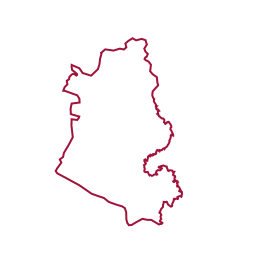 outline of Kolokani, Koulikoro, Mali, rotated 207°
{"feature_id": "8926073B69551700582235", "entity_name": "Kolokani", "entity_type": "district", "adm_level": 2, "iso_a3": "MLI", "parent_name": "Mali", "parent_adm1": "Koulikoro", "projection": "mercator", "projection_center": [-8.433, 13.688], "detail": "fine", "context": "isolated", "style": "outline", "palette": "rose", "viewbox_px": 256, "rotation_deg": 207, "n_neighbors": 0, "source": "geoboundaries", "source_scale": "gbopen_adm2", "svg_char_len": 4491}
<svg xmlns="http://www.w3.org/2000/svg" viewBox="0 0 256 256"><g transform="rotate(207 128 128)"><path d="M56.6,56.1L56.0,56.8L54.8,57.7L54.6,57.8L54.5,58.2L54.2,58.8L54.2,59.0L54.7,59.2L55.8,59.2L56.9,59.1L57.4,59.6L57.3,61.2L57.0,62.0L58.3,63.1L58.9,64.2L58.8,65.5L60.0,66.6L61.4,66.7L61.7,67.2L61.4,68.5L61.7,69.5L61.7,70.7L61.6,71.2L61.0,73.5L61.6,74.8L61.9,75.4L62.2,77.8L62.6,78.4L61.9,78.7L61.1,79.0L60.4,79.6L60.2,79.8L59.7,79.7L58.9,79.0L57.6,78.0L56.5,77.8L54.2,77.4L53.9,77.6L53.6,77.8L53.3,78.5L53.8,79.7L54.1,80.3L54.2,82.0L54.1,83.1L54.9,85.3L54.9,85.7L54.7,86.0L54.2,85.9L53.9,85.8L53.8,86.0L53.0,87.0L52.5,87.2L52.0,87.2L51.6,87.2L51.5,87.3L51.3,87.6L51.4,87.9L52.6,89.0L51.1,90.7L50.6,91.0L50.1,91.0L49.3,90.9L49.3,91.0L49.2,91.3L49.4,91.9L49.9,92.5L49.8,93.8L50.2,94.1L50.9,95.4L51.4,95.5L51.5,95.5L52.2,96.0L51.9,95.3L51.9,95.1L52.4,94.9L53.2,95.2L53.7,95.1L54.0,97.1L54.6,97.8L56.0,98.6L56.7,98.9L56.9,98.7L57.5,98.2L58.1,98.6L58.2,99.9L58.5,100.7L59.2,100.9L59.5,101.9L59.0,102.5L59.4,102.7L59.8,103.0L61.2,102.7L61.8,102.1L62.4,101.6L62.2,101.0L62.6,100.8L62.7,100.7L63.2,100.7L63.5,100.9L63.4,101.5L62.6,102.5L62.4,103.1L63.0,103.2L63.7,104.0L63.9,104.9L63.6,105.6L64.0,106.2L64.3,106.5L65.6,106.4L66.3,106.5L66.4,107.1L66.8,107.3L66.9,109.2L66.9,109.3L67.0,109.2L67.7,109.2L67.7,109.8L68.5,109.6L69.2,110.0L69.5,110.1L70.9,109.6L72.0,109.0L72.5,108.5L72.4,108.2L72.8,108.2L73.1,108.2L73.7,108.8L74.2,109.4L75.5,110.4L76.0,111.2L77.4,110.8L78.1,110.8L79.5,110.7L80.3,109.7L81.3,109.1L81.3,108.3L82.9,107.5L82.9,107.0L82.2,106.7L81.8,106.9L81.0,107.4L79.8,107.6L79.4,107.4L79.8,105.5L80.1,105.0L81.4,104.4L82.4,103.9L83.1,102.3L82.8,101.7L82.8,100.9L81.3,100.2L80.9,99.8L81.4,99.4L82.7,99.0L83.6,98.4L84.3,96.9L85.0,96.2L86.4,96.3L87.5,95.8L87.5,95.7L88.3,96.1L89.6,97.2L89.8,97.4L90.4,97.8L92.3,96.6L92.8,96.6L93.0,96.6L93.5,96.6L94.1,97.3L94.2,98.2L94.4,99.0L94.9,99.7L95.5,100.1L96.3,101.9L96.9,102.2L96.2,103.4L95.9,104.4L96.3,104.8L97.2,105.0L98.3,105.9L98.9,106.9L98.5,107.4L98.4,107.8L97.7,107.5L97.5,107.4L96.3,107.2L95.9,107.5L96.4,108.9L96.7,110.4L97.2,111.6L96.6,113.0L95.5,112.7L95.4,113.6L95.7,114.5L95.1,114.6L94.0,114.3L93.4,114.9L93.2,115.3L93.7,116.2L93.0,116.7L92.0,116.7L91.5,117.2L91.4,117.7L91.4,118.5L92.0,119.0L92.1,121.3L91.8,121.8L90.9,121.7L90.2,121.6L90.6,122.1L90.0,122.7L89.1,122.9L88.7,122.7L88.1,123.4L87.7,124.0L87.5,125.3L86.7,126.1L85.9,125.8L86.0,127.1L85.4,128.0L84.7,129.7L84.9,130.9L84.6,132.2L84.8,134.9L85.5,135.6L85.4,137.2L85.4,137.7L85.9,139.5L86.5,140.7L86.4,141.6L85.7,141.6L84.3,141.7L84.5,142.2L85.1,142.9L88.3,145.4L89.5,145.9L90.1,147.4L89.8,148.6L90.6,149.7L91.4,150.2L91.9,150.7L93.6,151.4L93.9,151.7L94.2,151.9L95.0,151.8L95.8,150.8L95.8,150.1L96.3,149.8L96.5,148.8L96.5,148.7L97.1,148.7L97.9,149.4L98.6,149.5L98.7,150.4L99.4,151.7L99.5,151.9L100.7,152.4L102.0,151.9L102.7,152.1L103.1,152.1L103.8,152.1L104.7,152.6L105.8,152.6L106.3,153.0L106.5,153.2L106.8,153.5L107.1,153.5L107.7,153.5L108.1,153.7L107.5,154.1L107.4,154.2L107.5,154.3L108.4,155.4L108.9,156.4L108.6,156.8L108.1,157.4L110.1,158.2L110.7,157.6L111.5,157.9L112.4,159.5L112.2,160.3L113.0,159.9L113.2,160.6L113.5,161.3L114.9,162.2L115.6,162.5L116.2,162.9L116.5,163.1L117.5,164.2L117.7,165.2L117.7,165.7L119.0,166.1L120.8,167.7L121.5,168.7L122.6,171.8L121.7,175.5L120.5,179.7L122.2,181.5L125.4,186.4L130.4,187.1L134.0,188.6L136.3,194.8L139.8,196.5L142.9,196.5L144.6,197.0L144.6,198.7L143.7,200.2L144.0,203.0L147.1,204.0L149.5,206.1L149.1,210.9L152.2,214.2L156.3,213.6L160.6,209.8L164.7,210.0L167.2,205.8L168.7,202.1L166.1,199.1L167.3,196.1L171.3,195.0L176.1,190.4L184.0,187.7L185.7,183.5L186.1,182.7L185.8,182.5L185.4,182.3L184.8,179.4L184.4,177.4L182.3,171.5L181.5,166.8L184.6,157.9L193.4,156.4L198.4,159.1L206.8,158.6L205.7,156.4L204.1,154.3L200.8,153.7L197.8,152.9L197.5,152.1L197.8,151.3L198.6,151.3L199.7,151.8L200.2,151.6L201.2,151.5L202.4,150.2L203.4,146.8L202.6,144.6L204.0,142.3L202.8,140.7L201.8,139.4L203.0,135.7L202.6,131.8L200.6,132.5L192.6,133.5L188.1,134.1L184.6,132.0L182.7,128.7L189.3,124.2L187.9,119.1L185.2,114.4L176.6,116.1L176.4,114.8L176.9,112.1L182.2,110.2L179.6,104.7L173.0,94.7L173.2,84.5L173.4,82.7L173.8,76.7L172.7,72.7L174.5,69.0L171.7,66.9L172.8,59.7L172.9,56.8L170.4,55.5L160.4,55.3L145.5,54.9L130.5,52.9L123.0,53.9L117.7,54.7L111.5,53.4L103.1,54.5L97.9,55.5L94.5,55.2L91.4,52.2L87.9,45.7L85.5,43.1L83.0,41.8L80.8,43.2L77.7,48.1L73.9,53.6L69.2,54.9L65.5,56.7L56.6,56.1Z" fill="none" stroke="#9f1239" stroke-width="2"/></g></svg>